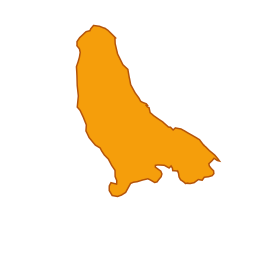 Suakoko, Bong, Liberia, rotated 310°
{"feature_id": "62588387B13478865264863", "entity_name": "Suakoko", "entity_type": "district", "adm_level": 2, "iso_a3": "LBR", "parent_name": "Liberia", "parent_adm1": "Bong", "projection": "equal_earth", "projection_center": [-9.592, 7.068], "detail": "fine", "context": "isolated", "style": "filled", "palette": "amber", "viewbox_px": 256, "rotation_deg": 310, "n_neighbors": 0, "source": "geoboundaries", "source_scale": "gbopen_adm2", "svg_char_len": 2251}
<svg xmlns="http://www.w3.org/2000/svg" viewBox="0 0 256 256"><g transform="rotate(310 128 128)"><path d="M189.0,60.6L189.4,56.4L189.9,50.0L189.6,46.2L189.4,46.2L187.6,40.8L187.4,40.5L184.4,35.7L180.0,35.7L178.1,36.3L174.9,34.0L172.4,33.6L171.9,33.6L166.2,32.9L161.4,33.4L159.4,35.1L158.2,36.0L157.4,39.9L155.2,42.8L151.0,45.3L146.5,47.3L141.8,49.1L137.5,53.2L135.1,55.4L127.8,61.9L120.6,69.4L111.4,75.7L111.4,75.9L110.7,80.0L107.5,86.9L103.6,94.1L98.7,97.7L97.9,99.6L95.7,104.3L94.6,110.1L93.9,114.0L94.2,115.8L94.8,119.6L93.6,122.3L92.1,127.3L91.6,132.9L90.5,135.6L88.9,139.5L87.2,145.3L82.5,149.4L80.5,153.2L78.0,155.1L77.7,155.3L75.4,150.6L75.2,150.1L71.6,150.9L69.7,152.4L68.0,153.9L66.1,159.3L68.2,162.9L68.7,163.8L68.8,164.0L71.2,165.4L72.4,166.1L74.9,166.9L77.1,167.6L87.2,165.6L89.9,167.0L90.6,167.6L92.7,169.5L97.7,172.7L101.9,175.9L102.6,178.6L102.8,179.9L103.4,183.5L105.4,184.9L107.8,184.7L110.1,184.7L111.9,184.7L114.6,183.5L116.0,180.9L116.0,180.5L115.6,174.1L117.0,173.0L118.8,174.5L121.4,177.9L122.8,179.9L123.8,185.2L126.1,185.4L126.6,185.4L125.8,187.8L124.1,189.7L126.6,193.1L126.4,194.3L126.7,194.2L126.4,194.9L125.4,196.2L123.3,198.6L122.1,201.6L122.3,203.0L122.5,205.7L122.4,207.7L124.1,209.1L123.9,209.3L125.4,211.3L126.7,212.3L128.6,213.8L133.7,215.0L135.7,218.4L137.9,218.2L139.3,218.1L140.4,219.1L142.4,221.0L145.6,223.1L148.2,223.1L150.2,221.1L150.5,217.7L151.2,214.7L152.6,212.9L157.3,213.4L159.0,213.4L160.1,213.4L160.5,217.2L161.2,218.7L161.5,219.3L162.2,216.5L163.0,211.9L163.0,204.7L163.5,199.4L163.4,197.8L163.6,197.4L163.4,197.3L163.4,197.2L165.0,190.2L164.6,187.9L164.6,187.5L162.6,176.4L162.1,173.1L161.9,172.2L161.3,169.2L159.6,166.2L159.1,165.3L158.7,164.6L158.5,164.2L155.5,163.8L155.9,160.0L155.1,159.0L154.7,158.4L154.8,156.8L154.8,156.2L154.9,152.6L154.9,151.7L155.0,150.7L154.5,146.5L154.3,144.2L153.9,139.6L154.0,137.2L154.0,135.1L154.6,134.3L155.0,133.8L157.1,131.0L156.6,129.3L157.0,127.5L157.9,128.3L158.3,126.5L157.1,122.9L157.0,122.6L156.6,120.5L158.0,116.9L158.9,113.2L159.5,110.8L159.6,110.5L162.9,102.2L166.9,97.3L167.2,96.8L172.8,90.2L173.1,84.5L173.2,83.3L178.0,72.4L179.7,70.2L179.8,70.0L184.4,63.9L186.6,61.9L188.4,60.3L189.0,60.6Z" fill="#f59e0b" stroke="#b45309" stroke-width="1.5"/></g></svg>